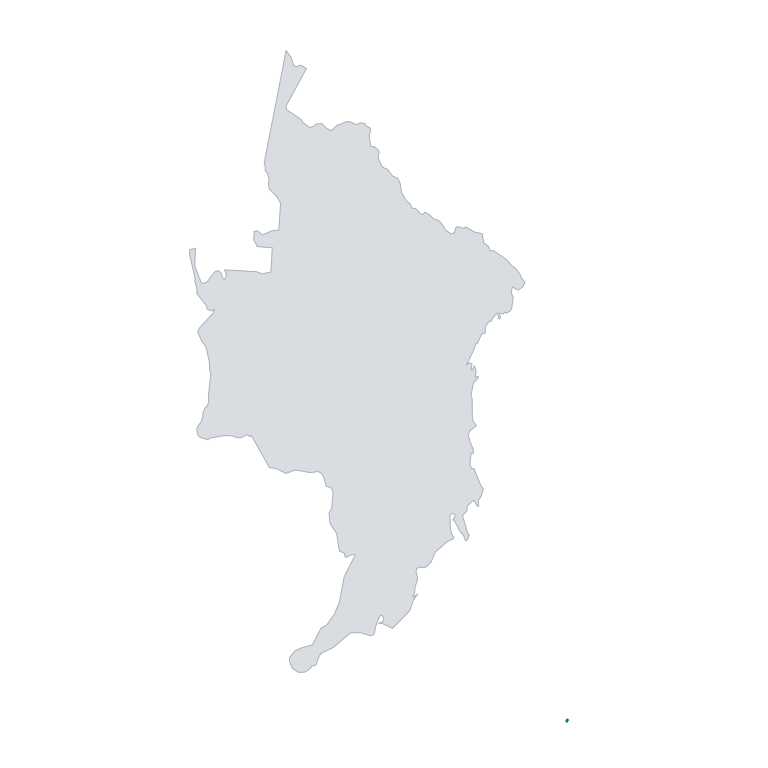 Providencia (Santa Isabel), San Andrés y Providencia, Colombia shown in context, rotated 183°
{"feature_id": "7082276B29529138088476", "entity_name": "Providencia (Santa Isabel)", "entity_type": "district", "adm_level": 2, "iso_a3": "COL", "parent_name": "Colombia", "parent_adm1": "San Andrés y Providencia", "projection": "equal_earth", "projection_center": [-81.369, 13.358], "detail": "medium", "context": "in_parent", "style": "filled", "palette": "teal", "viewbox_px": 768, "rotation_deg": 183, "n_neighbors": 0, "source": "geoboundaries", "source_scale": "gbopen_adm2", "svg_char_len": 4291}
<svg xmlns="http://www.w3.org/2000/svg" viewBox="0 0 768 768"><g transform="rotate(183 384 384)"><path d="M459.2,112.6L453.3,115.9L441.8,119.9L434.0,137.2L428.6,140.3L422.0,150.6L417.2,163.3L413.7,189.3L404.0,211.3L404.8,212.3L408.8,211.3L412.4,208.9L413.8,209.6L415.2,213.5L419.7,214.5L423.5,232.4L430.4,241.5L431.2,245.0L432.1,252.4L429.7,256.9L429.1,273.3L431.3,277.4L436.5,279.1L439.9,289.2L442.1,291.6L445.3,293.2L452.7,291.6L466.3,293.3L469.5,293.0L477.1,289.5L486.8,293.8L494.0,294.5L513.6,325.4L515.5,324.5L518.0,326.3L522.9,323.2L527.1,322.6L532.7,324.2L540.0,324.2L554.7,321.0L556.9,319.2L564.9,321.0L567.3,323.3L568.6,329.1L567.6,332.6L564.9,336.2L563.4,340.8L563.1,346.5L561.7,350.6L559.1,353.3L558.1,357.2L558.7,362.3L557.5,385.6L558.6,387.6L559.6,397.1L563.0,409.6L564.7,413.2L567.6,416.1L572.8,426.3L571.6,429.8L558.4,445.8L557.7,449.5L560.3,448.0L564.4,449.5L565.8,453.4L575.7,464.6L575.6,468.9L578.5,477.3L578.0,479.1L584.9,503.1L585.1,508.1L579.4,509.5L579.2,493.5L578.4,490.2L571.9,475.9L570.5,474.8L566.2,476.4L559.1,487.0L555.7,488.5L553.0,487.0L550.3,480.8L548.6,479.6L546.9,484.9L549.1,489.6L517.4,489.5L511.2,487.6L502.8,490.0L502.7,514.2L517.7,514.6L521.8,521.5L521.4,527.2L522.1,529.2L518.5,530.4L513.2,526.5L504.0,531.1L497.1,532.2L496.7,559.0L500.8,565.6L508.8,572.8L509.9,577.7L509.4,582.3L511.3,588.0L513.9,591.1L513.9,594.5L515.2,598.4L499.2,711.8L493.6,704.9L491.6,698.7L488.9,696.1L483.6,698.1L478.0,694.9L496.4,656.4L495.8,653.0L480.5,643.6L479.0,641.2L471.7,636.2L467.7,637.6L465.4,640.1L459.8,640.9L455.3,636.8L450.0,634.1L443.5,640.6L441.6,640.6L437.0,643.4L432.1,644.4L425.8,641.6L420.6,643.6L417.0,643.1L415.7,641.1L411.1,638.8L410.6,636.2L411.9,631.5L410.0,622.1L409.2,620.5L405.8,620.4L401.7,617.0L400.9,615.0L401.8,611.1L401.0,607.9L397.1,600.4L391.6,598.5L386.3,592.2L381.0,590.0L378.5,585.6L376.2,575.5L370.7,567.6L366.9,564.9L365.6,561.3L361.6,560.8L356.2,555.7L353.9,555.3L352.2,557.8L347.2,555.2L343.0,551.4L338.6,550.5L335.7,548.2L330.5,540.9L324.9,537.4L321.6,538.7L320.5,544.0L318.7,545.0L312.2,543.6L311.1,544.8L309.4,544.5L301.5,540.5L293.7,539.1L291.7,530.0L286.7,526.8L285.2,522.5L281.7,523.0L268.3,514.7L262.8,509.0L258.1,505.9L253.1,499.5L252.3,496.9L248.5,493.2L250.4,488.4L255.0,484.8L261.0,487.6L261.7,482.0L259.5,477.0L260.5,465.8L262.1,463.3L265.4,461.1L267.4,462.0L268.7,460.1L273.6,460.9L275.1,460.1L278.8,455.7L280.4,452.1L282.1,452.4L286.0,446.3L285.4,440.3L289.1,439.0L293.0,429.1L294.7,428.8L295.6,424.1L302.4,407.8L299.9,409.7L297.2,408.5L297.6,403.0L296.8,402.4L294.6,406.6L292.7,402.3L293.2,395.3L290.1,396.6L290.2,395.0L294.7,389.7L296.5,377.6L295.1,373.3L294.1,355.2L293.3,351.8L289.6,347.3L295.4,342.1L297.5,338.2L294.8,330.2L291.4,323.4L291.2,319.4L293.3,319.8L294.1,308.6L292.2,304.3L289.7,304.2L282.0,287.7L279.3,284.3L281.3,276.4L283.6,272.9L283.1,266.8L284.7,267.1L288.0,272.6L289.3,271.8L294.5,266.6L294.6,261.7L298.7,256.7L292.8,239.8L290.8,237.2L293.2,231.7L294.5,232.0L296.8,237.3L300.5,240.8L305.9,250.2L308.2,252.3L306.5,254.4L306.2,256.7L307.0,257.9L310.0,258.2L311.2,255.6L310.3,244.1L309.0,238.4L306.2,234.4L307.1,232.6L312.6,229.9L323.9,218.9L327.7,208.7L330.7,205.0L334.0,202.6L338.1,203.1L341.3,201.8L342.3,198.6L340.2,191.5L342.5,181.8L342.4,176.8L343.9,173.9L343.4,172.7L339.3,176.2L343.5,169.4L346.4,158.9L362.8,140.4L373.5,144.9L376.9,144.6L372.5,146.9L371.9,149.6L373.4,152.4L375.1,153.2L376.4,151.4L379.9,140.6L380.4,134.7L382.0,132.6L384.3,131.9L394.8,134.5L404.7,133.6L420.8,118.2L433.0,111.6L435.9,105.3L436.7,100.6L438.9,98.8L441.2,98.8L442.6,96.1L448.1,92.1L454.2,91.6L460.6,95.2L463.6,101.5L464.1,105.8L459.2,112.6ZM273.8,458.9L273.0,459.7L271.6,458.3L271.1,456.4L272.0,455.0L273.1,455.5L273.8,458.9Z" fill="#d9dde1" stroke="#a8b0b8" stroke-width="1"/><path d="M183.9,57.0L184.0,56.9L183.9,56.7L183.7,56.5L183.6,56.8L183.5,57.0L183.4,57.1L183.2,57.0L183.0,57.4L183.0,57.5L182.9,57.6L183.0,57.6L182.9,57.7L182.9,57.8L182.9,58.0L183.0,58.3L183.0,58.5L183.0,58.8L183.3,58.8L183.5,58.7L183.8,58.4L184.0,58.1L184.0,57.8L184.0,57.7L183.9,57.7L184.0,57.6L184.2,57.4L183.9,57.4L184.0,57.4L184.0,57.2L183.9,57.1L183.9,57.0ZM183.6,56.2L183.4,56.2L183.3,56.3L183.3,56.5L183.5,56.6L183.6,56.4L183.6,56.5L183.6,56.4L183.6,56.2L183.6,56.2Z" fill="#14b8a6" stroke="#0f766e" stroke-width="1.5"/></g></svg>